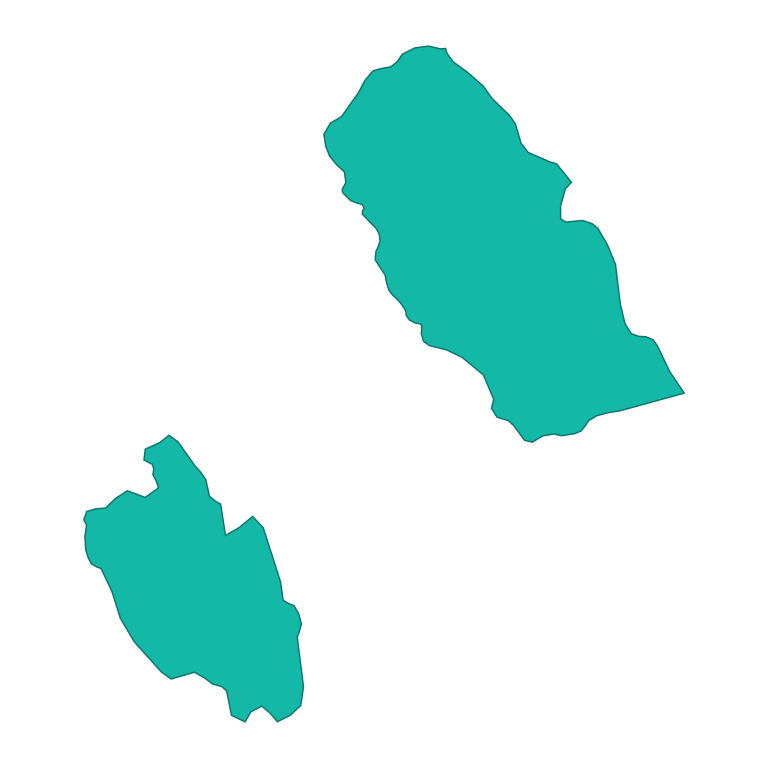 the border of Emberá
{"feature_id": "PAN-3455", "entity_name": "Emberá", "entity_type": "Indigenous Territory", "adm_level": 1, "iso_a3": "PAN", "parent_name": "Panama", "parent_adm1": "", "projection": "mercator", "projection_center": [-77.827, 8.183], "detail": "fine", "context": "isolated", "style": "filled", "palette": "teal", "viewbox_px": 768, "rotation_deg": 0, "n_neighbors": 0, "source": "natural_earth", "source_scale": "10m", "svg_char_len": 2147}
<svg xmlns="http://www.w3.org/2000/svg" viewBox="0 0 768 768"><path d="M571.5,182.2L565.3,188.9L560.6,205.8L560.6,218.8L565.7,222.1L582.6,220.5L592.1,223.7L598.0,228.6L607.3,244.6L615.5,264.5L620.2,303.5L625.0,323.8L631.3,333.7L638.5,336.3L646.0,336.8L653.2,339.9L657.4,345.8L669.7,371.6L684.2,393.1L683.8,393.2L619.9,410.8L608.0,412.7L596.3,415.9L588.5,420.8L585.1,426.0L581.0,431.0L574.9,433.6L561.9,435.7L558.3,435.1L554.8,433.9L542.9,435.8L532.4,442.1L524.6,440.3L513.7,425.6L508.5,420.7L497.1,417.2L491.5,408.4L493.7,399.2L483.4,374.9L462.0,357.3L446.2,349.7L429.7,345.7L423.6,341.5L421.3,333.6L421.8,329.1L421.6,324.8L418.6,323.5L415.3,323.0L409.6,320.2L406.0,315.1L406.1,312.0L405.2,310.0L401.2,303.8L397.8,299.9L392.5,294.9L388.9,290.2L386.6,282.8L385.1,275.1L375.3,260.0L375.5,255.2L376.2,250.9L378.1,246.9L380.1,240.8L379.3,234.5L376.6,229.0L362.4,214.2L362.5,211.1L364.2,208.3L362.5,204.6L356.2,202.8L350.8,200.7L343.7,193.7L342.4,191.5L342.4,190.5L342.3,189.1L345.9,182.5L344.4,171.9L336.7,164.8L329.6,156.0L325.7,146.2L323.9,134.4L330.4,123.1L341.4,116.7L358.5,92.7L364.9,80.6L372.8,71.0L381.6,68.5L390.7,66.9L397.3,61.6L402.4,54.2L414.9,47.9L428.7,46.1L440.5,48.9L445.7,48.5L446.2,51.7L449.3,56.7L453.4,62.0L467.6,72.4L483.1,86.0L492.3,98.8L509.6,115.5L515.4,124.0L521.0,143.1L528.1,152.4L549.5,161.8L556.5,163.8L571.2,182.0L571.5,182.2ZM169.0,435.3L178.0,441.9L195.0,465.9L200.5,472.0L205.7,479.4L209.5,496.2L215.0,501.0L220.6,504.2L225.5,535.4L239.0,527.7L252.6,516.5L263.2,527.7L280.6,582.1L283.1,600.2L288.7,603.6L294.0,605.6L298.8,614.2L301.4,624.0L299.3,631.6L297.2,637.0L303.5,686.8L300.7,705.5L290.2,715.3L277.5,721.7L269.8,712.9L261.7,706.1L250.8,711.9L245.1,721.9L231.5,715.3L226.6,690.7L221.6,686.5L212.6,684.0L204.0,677.6L194.4,672.2L171.1,679.0L161.3,671.9L134.2,641.7L120.4,618.3L111.9,591.3L101.1,568.5L97.1,567.1L91.3,563.8L87.9,557.0L85.7,549.6L84.9,536.4L86.6,525.0L83.8,519.8L86.7,511.5L95.7,508.8L105.6,508.1L115.6,498.4L127.3,490.8L145.1,497.4L158.5,487.9L156.4,481.3L152.9,474.6L153.8,469.2L152.4,464.4L144.0,460.0L145.3,449.1L159.6,442.7L169.0,435.3Z" fill="#14b8a6" stroke="#0f766e" stroke-width="1.5"/></svg>